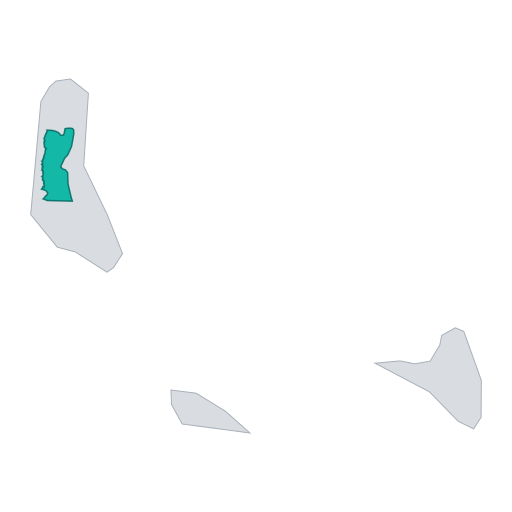 location of Itsandra-Hamanvou, Andjazîdja, Comoros
{"feature_id": "10938185B82482804134728", "entity_name": "Itsandra-Hamanvou", "entity_type": "district", "adm_level": 2, "iso_a3": "COM", "parent_name": "Comoros", "parent_adm1": "Andjazîdja", "projection": "mercator", "projection_center": [43.266, -11.611], "detail": "fine", "context": "in_parent", "style": "filled", "palette": "teal", "viewbox_px": 512, "rotation_deg": 0, "n_neighbors": 0, "source": "geoboundaries", "source_scale": "gbopen_adm2", "svg_char_len": 4343}
<svg xmlns="http://www.w3.org/2000/svg" viewBox="0 0 512 512"><path d="M113.6,267.5L107.0,272.2L75.4,252.0L57.3,247.2L30.7,214.6L40.9,101.5L49.4,87.0L55.8,81.1L70.5,79.0L88.4,93.2L83.7,165.9L107.3,214.8L122.5,253.6L113.6,267.5ZM463.8,331.4L481.3,380.3L481.1,417.2L473.7,428.9L458.2,421.3L429.5,391.9L375.0,363.2L400.0,360.9L414.6,363.8L430.1,361.2L439.8,345.0L441.7,335.4L455.3,327.8L463.8,331.4ZM225.5,411.3L249.9,433.0L182.2,424.0L171.5,404.5L171.0,390.0L196.2,393.2L225.5,411.3Z" fill="#d9dde1" stroke="#a8b0b8" stroke-width="1"/><path d="M72.5,128.6L70.5,128.2L67.7,128.3L65.4,128.6L65.0,128.9L64.3,132.9L63.6,134.9L63.3,135.2L61.1,135.3L60.4,135.1L59.8,134.1L58.6,132.8L56.0,131.4L52.9,130.6L51.8,130.4L47.4,130.2L47.5,130.3L47.4,130.9L47.2,131.0L47.0,131.3L46.9,131.5L46.9,131.8L46.7,131.8L46.7,132.0L46.6,132.3L46.6,132.5L46.5,132.9L46.5,133.1L46.3,133.3L46.3,133.6L46.1,133.9L45.9,133.9L45.9,134.1L45.8,134.3L45.6,134.6L45.5,134.9L45.3,135.0L45.3,135.3L45.2,135.4L45.2,135.6L45.1,135.8L45.1,136.0L45.1,136.4L45.0,136.6L44.9,136.7L44.9,136.8L44.8,137.0L44.6,137.2L44.6,137.3L44.3,137.7L44.3,137.8L44.2,138.0L44.2,138.3L44.1,138.5L44.1,138.9L44.3,139.1L44.2,139.2L44.4,139.4L44.4,139.5L44.5,139.7L44.6,139.8L44.5,140.0L44.5,140.3L44.6,140.5L44.5,140.8L44.5,141.0L44.4,141.3L44.5,141.3L44.4,141.4L44.3,141.5L44.3,141.8L44.2,141.9L44.3,142.0L44.2,142.1L44.3,142.3L44.2,142.3L44.1,142.6L44.0,142.8L44.1,143.0L44.1,143.3L44.2,143.7L44.1,143.8L44.1,144.0L44.2,144.4L44.3,144.5L44.4,144.8L44.3,145.0L44.4,145.3L44.5,145.7L44.4,145.8L44.4,146.0L44.4,146.3L44.5,146.4L44.5,146.6L44.7,146.9L44.7,147.2L44.8,147.3L44.7,147.4L44.8,147.5L45.2,147.8L45.2,147.7L45.4,147.7L45.5,147.8L45.7,148.0L45.6,148.3L45.6,148.6L45.7,148.8L45.7,149.0L45.9,148.9L45.9,149.0L46.0,149.0L45.9,149.1L46.0,149.2L45.8,149.4L45.7,149.6L45.3,150.1L45.4,150.3L45.4,150.8L45.3,151.0L45.2,151.2L45.1,151.4L45.1,151.5L45.1,151.8L45.0,152.0L45.1,152.3L45.0,152.5L45.1,152.9L45.1,153.0L45.0,153.3L45.0,153.9L44.6,154.2L44.5,154.4L44.3,155.0L44.2,155.1L44.3,155.3L44.1,155.4L44.1,155.5L44.0,155.9L43.8,156.3L43.9,156.6L44.0,156.9L43.9,157.0L44.0,157.2L43.9,157.7L43.7,157.7L43.6,157.8L43.3,158.0L43.4,158.5L43.5,158.9L43.4,159.0L43.1,159.0L43.0,159.3L43.1,159.5L42.8,159.9L42.6,160.0L42.5,160.3L42.4,160.5L42.5,160.8L42.4,160.8L42.4,161.0L42.3,161.3L42.3,161.5L42.2,161.5L42.4,161.7L42.4,161.8L42.6,162.0L42.4,162.3L42.3,162.5L42.3,162.8L42.5,163.0L42.5,163.4L42.5,163.5L42.2,163.7L42.2,163.8L42.3,163.9L42.1,164.1L42.3,164.1L42.2,164.2L42.3,164.3L42.2,164.4L42.2,164.5L42.5,164.8L42.4,164.9L42.4,165.1L42.6,165.2L42.7,165.4L42.6,165.5L42.8,165.6L42.7,165.6L42.8,165.7L42.9,165.9L42.8,166.1L42.7,166.1L42.6,166.4L42.5,166.5L42.8,166.7L42.7,166.8L42.7,167.0L42.9,167.2L42.9,167.3L42.6,167.6L42.4,167.7L42.5,167.8L42.3,168.1L42.2,168.4L42.3,168.4L42.2,168.5L42.3,168.7L42.2,168.8L42.3,169.0L42.1,169.2L42.2,169.3L42.3,169.5L42.2,169.7L42.4,169.8L42.5,170.0L42.4,170.1L42.5,170.1L42.6,170.3L42.5,170.5L42.6,170.8L42.8,170.8L43.3,171.2L43.3,171.3L43.1,171.3L43.0,171.5L42.9,171.8L42.9,172.0L43.0,172.0L42.9,172.3L42.9,172.5L43.0,172.6L42.9,172.8L43.0,173.4L43.1,173.5L43.0,173.9L43.3,174.2L43.3,174.5L43.1,174.8L43.0,175.0L42.9,175.2L43.0,175.5L42.9,175.8L42.7,175.8L42.6,176.2L42.3,176.3L42.5,176.4L42.4,176.6L42.4,176.8L42.6,176.9L42.4,177.1L42.5,177.2L42.5,177.3L42.5,177.6L42.7,177.8L42.8,178.0L42.6,178.2L42.6,178.3L42.7,178.6L42.9,178.7L42.9,179.0L43.1,179.1L43.1,179.3L42.9,179.4L42.8,179.6L42.8,179.8L42.8,180.0L42.7,180.0L42.9,180.3L42.9,180.6L43.0,180.7L43.3,180.6L43.5,180.8L43.8,180.8L43.9,181.1L44.0,181.2L43.9,181.3L44.0,181.4L43.9,181.7L43.9,182.0L44.0,182.3L44.0,182.7L44.1,183.0L43.7,183.1L43.6,183.3L43.6,183.9L43.7,184.0L44.0,184.0L44.1,184.9L44.3,185.2L44.2,185.4L44.3,185.6L44.1,185.7L44.1,185.8L44.1,186.0L44.3,186.2L44.3,186.4L44.4,186.5L44.3,186.8L44.1,187.2L43.8,187.0L43.7,187.0L43.3,187.2L43.2,187.2L43.0,187.4L43.0,187.5L42.8,187.4L42.7,187.3L42.7,187.9L42.7,188.1L42.4,188.1L42.3,188.3L42.0,188.5L42.0,188.9L41.7,189.1L45.8,190.5L47.7,192.8L46.9,195.2L45.9,195.8L45.7,196.0L45.4,196.1L44.7,197.4L44.4,197.7L43.9,198.2L43.5,198.8L43.3,198.9L47.3,200.5L72.3,201.1L71.1,197.2L68.0,183.9L67.6,172.6L65.3,169.8L62.7,169.0L60.6,166.8L64.6,158.2L67.7,154.9L71.5,146.5L73.8,133.8L73.6,129.9L72.5,128.6Z" fill="#14b8a6" stroke="#0f766e" stroke-width="1.5"/></svg>